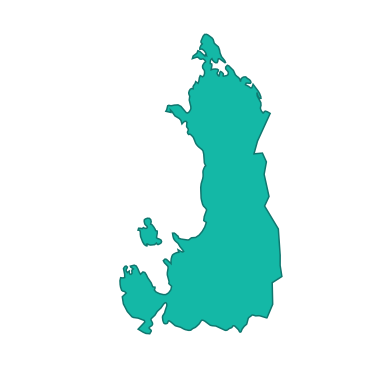 an SVG outline of Diana, rotated 344°
{"feature_id": "MDG-5872", "entity_name": "Diana", "entity_type": "Autonomous Province", "adm_level": 1, "iso_a3": "MDG", "parent_name": "Madagascar", "parent_adm1": "", "projection": "natural_earth1", "projection_center": [48.721, -13.095], "detail": "fine", "context": "isolated", "style": "filled", "palette": "teal", "viewbox_px": 384, "rotation_deg": 344, "n_neighbors": 0, "source": "natural_earth", "source_scale": "10m", "svg_char_len": 6023}
<svg xmlns="http://www.w3.org/2000/svg" viewBox="0 0 384 384"><g transform="rotate(344 192 192)"><path d="M112.3,316.6L108.8,315.3L106.4,313.3L102.4,309.0L110.8,304.0L110.8,302.4L105.5,298.4L101.0,296.4L99.8,295.3L96.9,289.1L95.2,280.7L96.1,273.5L100.9,271.0L99.7,269.0L98.3,268.3L97.3,267.1L97.1,263.9L97.4,261.2L98.3,257.4L99.8,254.7L102.0,255.6L103.7,255.7L104.6,252.5L105.0,246.8L106.0,245.8L107.2,245.0L108.3,245.0L109.2,246.4L108.7,247.2L107.6,248.2L106.9,249.7L107.7,251.6L108.3,251.2L110.0,250.7L109.4,252.3L109.6,253.7L110.5,254.4L111.8,253.8L112.2,252.7L112.3,251.6L112.7,250.5L114.4,249.8L112.4,247.3L112.3,246.3L116.3,246.4L118.0,247.8L118.8,251.1L119.2,254.6L119.8,256.9L122.8,255.3L124.5,256.4L125.3,259.0L125.8,262.2L127.7,268.0L128.1,271.9L128.5,272.6L130.2,273.3L129.9,274.3L128.8,275.9L130.0,278.4L132.9,280.9L136.1,282.7L138.6,283.4L141.7,282.5L144.8,280.1L146.4,277.0L144.5,273.7L145.3,271.7L145.4,264.9L146.0,262.8L148.0,258.7L148.4,256.9L146.0,252.4L145.5,250.1L147.6,249.0L148.9,249.7L152.1,255.1L152.7,252.8L153.6,250.5L154.8,248.5L155.9,247.2L157.3,246.6L159.3,246.2L161.4,246.1L162.7,246.4L162.7,243.7L165.2,246.3L166.5,247.1L167.6,246.8L167.3,245.7L165.4,241.2L164.5,237.6L162.6,234.7L161.9,233.2L161.5,231.5L161.5,229.7L161.9,226.2L163.6,226.6L164.6,227.8L165.4,229.3L166.4,230.6L166.5,232.7L168.5,234.2L174.3,236.8L175.4,237.1L176.5,236.9L177.8,236.2L179.1,235.9L183.0,236.7L187.0,235.4L191.0,232.7L194.6,229.2L197.4,225.2L195.4,222.7L197.0,219.0L201.1,213.3L200.8,211.7L199.2,208.7L198.8,206.7L198.9,202.5L199.1,200.3L201.6,190.2L203.1,186.6L206.1,181.9L207.0,180.0L207.6,177.9L207.9,176.3L208.4,174.8L209.7,172.9L211.2,171.2L212.4,170.6L211.9,167.4L213.7,159.0L213.9,155.6L213.3,154.0L211.1,150.9L210.2,149.4L209.4,147.6L209.0,146.2L208.4,140.4L208.0,139.0L206.4,136.2L205.7,135.7L205.1,135.9L204.6,135.8L204.1,134.5L204.1,133.2L205.3,131.8L205.6,130.9L205.6,129.8L204.9,128.2L204.9,127.3L206.1,124.2L206.4,123.8L205.6,122.3L204.3,122.1L202.7,122.8L201.1,123.8L201.1,120.1L200.1,117.9L196.6,114.2L194.8,108.9L193.9,107.2L193.6,109.7L189.1,107.2L190.4,105.9L192.4,102.4L193.6,102.3L194.9,103.0L196.1,103.4L198.9,103.6L202.6,104.4L205.0,106.7L208.3,114.1L209.5,114.9L211.2,114.3L212.9,112.9L213.9,111.6L214.4,109.6L214.7,102.8L216.2,99.3L216.0,96.8L216.2,95.7L217.2,94.1L218.6,92.8L220.1,92.4L221.5,93.1L222.2,90.8L223.4,89.7L224.7,88.8L226.0,86.9L227.7,89.2L229.1,87.4L230.5,84.3L232.0,82.4L233.9,84.2L235.5,83.5L236.8,81.4L237.4,79.0L237.2,78.0L236.5,76.0L236.6,74.6L237.2,73.2L239.7,71.0L240.8,70.8L241.1,70.1L240.4,68.4L239.4,67.1L238.7,66.9L237.9,67.0L236.6,66.6L236.1,66.1L235.2,64.5L234.4,63.9L233.2,63.7L229.1,63.9L230.6,61.6L235.0,59.9L236.6,57.8L238.3,59.1L241.9,64.9L242.6,63.9L243.5,64.9L243.6,62.4L242.7,59.6L241.1,57.4L238.9,56.9L239.3,55.6L240.0,54.7L241.2,53.4L242.3,52.8L242.7,52.5L242.1,51.3L241.9,50.4L242.3,49.4L245.6,45.3L247.5,44.0L249.5,44.5L250.6,45.4L253.7,49.4L254.4,51.2L254.4,55.0L255.2,56.5L257.3,59.7L257.6,62.9L257.3,66.2L257.7,70.0L259.7,74.8L259.9,76.7L259.3,76.8L255.1,71.4L254.1,71.2L253.3,72.3L252.6,73.8L251.7,74.6L250.2,74.2L249.0,72.8L248.2,71.0L247.9,69.3L246.7,69.9L245.9,70.9L245.3,72.2L245.0,73.6L246.3,74.4L246.0,75.9L244.1,79.8L245.8,79.7L248.1,80.1L250.1,80.9L251.0,82.0L250.6,82.9L249.0,84.4L248.7,85.1L249.3,87.4L249.9,87.9L250.6,86.9L251.8,84.6L252.7,84.0L253.6,84.9L254.7,86.9L254.6,87.5L254.1,88.4L254.0,89.2L255.1,89.5L257.3,89.6L258.4,89.4L259.3,88.7L259.9,86.5L258.3,82.9L258.8,81.2L260.9,79.9L262.1,80.8L265.3,86.5L266.0,91.3L267.1,93.3L268.2,94.7L269.0,96.4L269.1,99.3L269.8,97.6L270.8,96.5L272.0,95.9L273.5,95.7L275.2,96.1L275.9,96.8L276.3,97.8L278.2,99.9L278.9,101.5L278.9,102.9L278.1,103.6L276.6,103.1L275.2,102.5L274.0,102.3L272.9,103.6L275.5,106.1L277.0,108.1L278.2,108.3L280.4,105.3L283.4,113.2L284.1,115.9L284.4,119.3L284.1,121.0L283.0,120.8L282.1,119.3L281.8,117.7L281.8,114.2L281.2,117.7L282.8,125.0L282.2,127.8L281.3,129.2L280.8,130.5L280.8,132.0L281.1,133.5L282.1,135.7L282.9,135.5L283.7,134.6L284.9,134.5L286.6,135.7L288.8,138.0L269.0,161.1L262.1,172.4L270.4,174.0L271.8,183.6L266.2,194.9L264.8,217.5L257.9,225.5L264.8,251.3L259.3,277.1L256.5,286.8L255.1,298.0L244.1,301.3L238.6,322.2L229.4,333.6L228.9,333.5L223.1,329.7L221.7,329.2L219.0,328.6L217.1,327.3L216.3,326.9L215.6,326.9L214.0,327.7L212.7,328.0L211.7,328.6L211.2,329.0L208.4,333.7L208.0,334.2L205.2,335.5L202.4,337.6L200.9,339.5L200.5,339.9L199.8,340.0L199.3,339.7L199.1,339.1L198.8,337.5L198.5,336.8L196.2,332.7L195.4,332.1L194.7,331.9L192.8,333.3L190.2,333.5L187.9,334.4L186.6,334.4L186.0,334.2L185.4,333.8L178.0,327.4L174.6,326.1L173.3,325.4L172.6,324.8L168.5,319.4L167.3,318.4L166.3,317.9L165.2,318.4L162.6,320.7L159.4,322.4L157.7,323.1L155.0,323.5L152.7,324.5L151.6,324.3L150.3,323.9L147.6,322.4L146.3,321.4L143.8,318.9L139.6,316.3L138.9,315.7L136.1,311.4L134.7,309.7L134.1,309.4L133.6,309.6L132.5,311.0L131.9,311.4L131.2,311.5L129.9,311.3L129.2,310.8L128.8,310.2L128.6,308.6L128.6,307.1L129.1,304.1L129.7,303.0L132.3,300.7L133.9,298.1L136.3,294.6L136.8,293.3L136.8,292.5L136.5,291.4L136.0,291.1L135.4,291.1L133.9,291.9L130.2,294.9L125.9,297.1L125.0,297.8L122.4,300.2L118.1,302.4L117.7,302.8L117.4,303.3L117.3,303.9L117.9,306.6L117.8,307.9L117.5,308.5L116.6,309.3L113.7,310.3L113.3,310.8L113.3,311.4L114.5,313.4L114.6,314.1L114.4,314.6L112.3,316.6ZM145.3,226.2L146.1,227.2L147.7,228.3L149.0,229.7L149.1,231.3L148.4,232.3L147.3,232.8L144.9,233.2L144.4,232.9L144.0,232.3L143.8,231.3L143.2,231.5L141.6,232.3L137.6,231.6L136.2,230.9L134.8,229.6L134.0,229.6L134.0,231.3L133.5,231.3L132.6,230.6L131.5,229.0L130.8,226.3L130.3,220.8L130.7,218.3L131.3,216.1L131.2,214.5L129.6,213.8L130.7,212.1L132.3,212.6L134.0,213.5L135.5,212.8L136.3,213.6L137.3,214.2L138.4,214.3L139.3,213.8L139.4,212.8L138.2,210.8L137.8,209.8L137.9,207.2L138.4,205.7L139.6,205.1L141.9,204.9L143.8,205.6L144.7,207.2L144.6,209.3L143.4,211.5L144.4,212.2L145.5,214.8L146.3,217.7L146.4,219.1L147.8,220.0L147.2,222.1L146.0,224.5L145.3,226.2Z" fill="#14b8a6" stroke="#0f766e" stroke-width="1.5"/></g></svg>